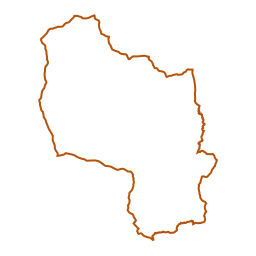 Mistrató, Risaralda, Colombia (Mercator projection)
{"feature_id": "7082276B87448620862857", "entity_name": "Mistrató", "entity_type": "district", "adm_level": 2, "iso_a3": "COL", "parent_name": "Colombia", "parent_adm1": "Risaralda", "projection": "mercator", "projection_center": [-75.911, 5.407], "detail": "fine", "context": "isolated", "style": "outline", "palette": "amber", "viewbox_px": 256, "rotation_deg": 0, "n_neighbors": 0, "source": "geoboundaries", "source_scale": "gbopen_adm2", "svg_char_len": 5835}
<svg xmlns="http://www.w3.org/2000/svg" viewBox="0 0 256 256"><path d="M94.4,15.4L91.4,16.5L88.2,18.0L86.3,18.4L83.1,18.4L82.4,18.2L81.1,16.9L79.1,16.5L77.9,16.0L74.8,15.8L74.3,16.0L74.2,16.5L72.9,18.2L72.1,18.8L69.0,22.2L68.5,22.4L66.4,22.9L65.0,23.8L64.5,24.2L63.8,25.3L63.1,26.1L62.3,26.5L60.7,26.8L57.7,26.8L56.5,27.4L55.5,27.6L53.4,28.4L52.4,28.7L51.4,28.7L50.4,28.8L49.2,29.4L48.0,30.8L47.6,31.9L46.6,33.4L44.8,35.4L43.2,37.0L41.1,38.8L41.1,40.3L42.1,42.7L42.7,43.4L44.4,44.7L45.2,45.6L45.4,46.4L45.3,47.9L45.4,48.9L46.2,50.6L46.4,51.5L46.6,54.8L46.8,55.8L47.1,57.6L46.9,59.4L47.8,61.3L47.9,63.1L47.1,64.9L46.4,65.5L45.3,67.3L45.0,69.0L45.0,70.9L44.6,73.4L44.6,75.6L45.2,79.7L46.1,81.2L46.4,82.6L46.0,83.5L45.1,84.9L44.6,86.9L44.2,88.2L42.9,89.7L41.9,91.8L41.1,97.9L39.5,99.7L39.2,100.2L39.5,101.5L40.0,102.7L40.0,104.7L41.0,108.9L41.5,110.5L42.9,111.9L43.7,116.0L43.7,117.0L45.6,120.1L46.3,122.5L48.9,129.0L51.2,132.8L52.8,135.8L52.7,139.9L53.1,141.4L53.7,142.7L54.8,145.6L54.8,148.0L55.1,149.1L56.1,151.1L57.3,152.5L57.8,154.7L57.7,155.4L57.5,155.8L58.6,155.8L63.4,154.7L64.7,154.1L65.5,153.2L68.0,153.6L74.0,155.0L76.0,156.3L78.6,157.6L82.3,158.9L84.8,159.4L86.4,160.7L94.9,160.4L98.4,161.1L101.0,162.6L105.0,165.7L106.3,166.0L109.2,166.3L110.7,166.6L116.4,169.5L118.1,169.8L121.3,168.8L123.2,168.8L124.6,169.4L127.8,171.4L129.4,171.6L130.4,171.5L131.0,171.8L132.7,174.1L133.1,174.9L132.7,176.0L133.6,178.2L133.6,178.7L133.3,179.4L133.7,180.7L133.8,182.3L133.4,184.3L133.4,186.0L132.4,189.1L131.4,190.8L129.8,192.4L129.3,193.3L129.3,195.1L128.6,197.5L129.5,200.0L129.5,201.8L129.1,203.7L128.0,205.4L128.4,207.6L128.2,208.6L127.7,209.6L127.7,210.2L128.4,211.4L129.5,212.7L131.1,213.6L132.4,214.1L132.7,214.3L133.2,215.1L133.8,217.2L134.1,217.7L134.6,218.1L135.7,220.0L135.9,220.3L135.4,221.5L134.4,222.3L133.6,223.5L134.2,223.9L134.7,224.8L136.3,226.3L137.3,227.6L138.5,228.5L138.1,229.4L137.4,230.4L137.2,231.3L137.5,231.7L138.1,233.5L138.9,233.9L140.6,233.3L141.7,233.6L142.1,233.9L142.9,235.0L144.2,236.0L147.5,237.2L149.4,237.6L150.5,238.0L153.0,240.0L153.3,240.6L153.3,238.7L152.3,236.5L153.1,235.4L154.8,233.7L155.1,232.9L155.4,232.8L156.1,233.3L156.3,233.4L157.5,232.7L158.7,232.8L159.2,232.3L160.1,232.3L161.1,232.6L162.0,232.1L162.6,232.1L163.1,231.6L163.9,232.0L166.0,232.4L168.0,231.8L168.6,231.9L169.9,232.9L170.3,232.9L171.6,232.7L172.6,232.8L174.3,232.4L175.5,231.3L176.9,230.4L177.1,229.8L176.7,229.0L176.7,228.5L177.0,227.1L177.3,226.1L177.9,225.9L178.5,224.7L178.9,224.3L179.2,224.2L179.5,223.9L180.0,224.0L180.4,223.6L180.9,223.5L181.0,222.9L181.6,223.2L182.1,223.1L182.7,223.2L183.2,222.8L183.8,223.2L184.3,223.1L184.5,222.6L184.8,222.5L185.7,222.9L186.1,222.8L187.4,221.8L188.6,221.9L189.7,221.4L190.5,221.4L191.2,220.8L191.7,220.7L192.1,220.8L193.1,221.4L193.1,221.9L192.7,222.0L192.5,222.4L193.3,223.3L193.2,224.1L193.9,223.8L195.3,222.8L198.0,223.2L199.4,223.0L199.9,223.2L204.0,222.0L204.3,221.8L204.7,221.0L205.1,219.8L204.7,217.1L204.6,216.6L204.2,216.1L204.2,215.5L205.3,212.6L205.6,212.2L206.1,212.0L206.2,211.7L205.4,210.1L204.8,207.5L204.8,206.3L205.0,205.6L205.6,204.2L206.2,203.5L205.2,202.0L204.7,201.6L203.0,201.0L201.8,200.1L200.4,197.9L200.0,195.1L199.5,194.2L199.5,192.8L198.6,188.6L198.7,187.4L199.1,186.2L198.7,185.1L199.6,183.5L200.4,182.7L200.5,181.6L202.0,176.6L203.2,176.3L205.8,177.0L206.8,177.0L208.4,175.6L209.5,174.2L210.9,172.8L212.2,169.5L213.3,168.3L214.1,166.8L214.7,166.4L215.0,166.0L215.4,164.1L216.4,162.0L216.8,160.0L215.7,159.3L215.4,158.5L214.7,157.5L214.3,155.7L213.3,154.4L212.8,153.9L212.1,154.3L211.6,154.3L207.0,154.0L206.7,153.9L206.1,153.1L205.3,152.4L204.9,152.4L203.0,151.0L202.4,150.8L200.6,151.2L200.4,151.4L200.1,152.0L199.4,151.9L198.4,152.0L197.6,152.5L198.0,151.1L198.5,150.3L198.6,149.4L199.3,148.8L199.5,148.5L199.4,147.2L199.7,145.7L199.8,144.5L199.6,144.1L198.9,144.0L198.6,143.7L198.8,143.4L198.6,143.0L198.8,142.7L199.8,142.4L200.3,141.5L202.0,141.1L202.1,140.6L202.5,140.3L202.5,140.1L202.1,139.7L201.9,139.3L201.4,136.7L202.2,135.1L202.6,134.5L202.6,133.8L202.7,133.1L203.2,132.0L203.7,131.5L203.9,130.9L202.8,130.5L202.2,129.2L202.2,128.8L203.1,128.1L203.1,127.5L202.6,126.9L202.6,126.4L203.3,125.4L204.4,124.7L204.6,124.0L204.4,123.6L203.5,123.4L202.8,122.7L202.7,121.7L203.4,120.8L203.4,119.5L202.7,119.0L202.8,117.7L202.1,117.5L202.3,116.7L201.9,115.5L202.0,115.1L202.0,114.9L200.7,114.3L200.6,114.0L201.0,113.6L200.8,113.4L200.0,113.3L199.6,113.9L199.4,114.0L199.3,113.9L199.3,113.6L198.8,113.3L199.2,112.8L198.6,111.8L199.2,111.4L198.5,110.5L198.6,110.2L199.0,109.8L198.5,108.9L199.2,107.9L199.2,107.6L199.0,107.2L199.6,106.0L199.4,105.7L198.5,105.2L197.1,104.3L195.8,103.1L194.8,101.2L195.2,99.5L194.9,93.3L195.3,90.9L195.1,86.1L194.3,80.4L193.3,76.5L192.6,74.3L192.4,72.5L192.5,69.6L189.9,69.6L189.0,69.4L187.6,69.5L186.7,70.1L186.2,71.1L185.9,71.5L184.9,72.1L183.7,72.5L182.8,73.8L181.7,74.4L178.1,74.9L177.1,74.2L176.4,74.3L172.9,75.0L171.8,75.7L169.6,75.8L166.7,76.9L166.2,76.4L165.9,75.8L165.3,73.6L163.8,72.0L162.7,71.6L161.8,71.5L161.0,71.1L159.8,71.2L159.1,70.9L158.6,70.6L157.1,68.5L156.3,68.1L154.9,68.1L154.4,67.7L153.7,65.9L153.0,65.1L152.9,64.0L151.8,61.8L151.2,61.1L149.3,59.8L148.6,58.6L148.6,57.8L149.1,57.3L148.8,56.6L147.9,56.7L145.0,55.8L141.7,55.9L140.8,56.1L137.1,56.4L132.9,56.4L130.2,58.4L129.9,58.9L129.4,59.2L128.9,59.2L128.5,59.0L128.2,58.4L128.0,57.7L127.3,56.5L126.9,55.2L125.9,54.3L125.3,54.2L124.2,54.4L123.4,54.1L121.8,54.0L119.9,53.2L118.5,51.8L115.6,51.0L112.5,49.6L112.1,49.2L111.7,48.5L111.5,47.5L111.0,46.8L110.6,45.4L109.8,44.5L108.9,42.8L108.4,39.0L109.0,37.0L108.9,36.7L106.1,36.3L103.5,34.5L101.6,34.0L101.3,33.7L101.0,32.6L101.0,32.0L99.5,28.6L99.0,25.9L99.0,24.8L98.9,24.0L99.4,22.5L98.8,20.6L95.7,19.1L95.2,18.7L94.8,18.2L94.7,16.3L94.4,15.4Z" fill="none" stroke="#b45309" stroke-width="2"/></svg>